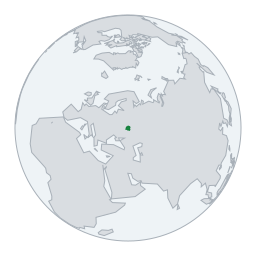 Lipetsk highlighted on a globe, orthographic projection, rotated 20°
{"feature_id": "RUS-2363", "entity_name": "Lipetsk", "entity_type": "Region", "adm_level": 1, "iso_a3": "RUS", "parent_name": "Russia", "parent_adm1": "", "projection": "orthographic", "projection_center": [38.959, 52.736], "detail": "fine", "context": "on_globe", "style": "filled", "palette": "green", "viewbox_px": 256, "rotation_deg": 20, "n_neighbors": 0, "source": "natural_earth", "source_scale": "10m", "svg_char_len": 11350}
<svg xmlns="http://www.w3.org/2000/svg" viewBox="0 0 256 256"><g transform="rotate(20 128 128)"><circle cx="128" cy="128" r="113" fill="#eef3f6" stroke="#a8b0b8"/><path d="M97.0,19.7L103.4,18.4L106.9,19.8L103.7,20.2L104.9,20.7L108.9,20.4L111.3,20.1L120.8,23.1L133.8,25.0L138.7,24.3L137.0,25.7L146.8,23.6L154.4,24.8L145.3,24.4L144.0,25.1L148.9,26.2L148.6,27.2L150.8,28.4L150.0,29.6L144.8,29.5L144.2,30.4L147.7,31.1L149.1,33.0L144.1,31.7L146.0,34.8L137.6,35.8L124.8,32.2L119.6,34.5L104.9,35.9L105.7,37.1L100.7,38.6L99.7,40.7L97.3,40.6L98.7,42.4L101.1,42.1L102.5,42.9L102.2,44.1L99.0,44.1L98.7,43.5L97.6,44.1L96.1,43.6L96.6,44.6L92.8,44.6L96.1,46.5L92.6,48.1L90.2,47.6L91.2,45.1L88.1,38.6L86.0,37.7L82.0,38.6L73.0,45.5L70.3,45.7L66.2,47.7L67.3,48.6L70.9,47.4L71.9,49.8L76.2,48.2L77.3,49.1L81.4,48.7L80.0,51.5L76.3,54.5L72.8,55.1L71.1,56.5L73.8,58.3L66.7,62.0L60.9,68.9L59.1,69.7L56.8,66.6L58.5,60.4L55.6,57.2L56.6,62.2L52.2,64.3L51.1,66.0L50.9,67.7L52.2,68.0L50.6,69.5L48.9,64.9L50.4,63.5L50.9,64.9L51.7,62.1L50.5,59.4L48.4,61.0L48.9,55.9L47.4,57.0L46.6,56.7L49.0,55.2L44.7,57.9L45.0,53.8L39.2,59.2L45.8,52.0L48.8,48.7L51.8,45.4L50.9,46.2L56.2,41.3L57.9,39.9L65.0,34.6L72.5,30.0L80.4,25.9L88.6,22.5L97.0,19.7ZM20.7,93.6L19.3,98.8L19.2,98.8L16.6,111.4L15.7,122.6L15.4,127.6L15.4,128.3L15.5,132.1L15.5,133.3L17.6,148.6L20.1,158.8L21.0,162.9L20.8,162.6L18.4,154.2L16.7,145.6L15.7,136.9L15.4,128.1L15.7,119.4L16.7,110.7L18.4,102.1L20.7,93.6ZM40.2,57.5L37.9,60.5L30.8,71.3L33.4,66.9L33.2,67.3L35.3,64.2L38.7,59.4L40.1,57.6L40.2,57.5ZM38.1,61.4L39.2,59.8L38.3,61.1L38.1,61.4ZM112.4,19.9L109.0,20.3L105.5,20.3L108.3,19.8L112.4,19.9ZM119.0,20.5L117.3,20.9L116.2,20.0L117.5,20.0L119.0,20.5ZM142.3,23.6L139.6,23.3L142.3,23.3L142.3,23.6ZM151.3,28.4L152.1,28.2L152.9,28.9L151.3,28.4ZM81.9,47.2L81.6,47.9L81.0,47.6L81.9,47.2ZM83.9,46.4L83.4,45.5L84.3,45.0L84.6,45.5L83.9,46.4ZM152.4,31.4L153.4,32.8L151.5,31.4L152.4,31.4ZM84.4,47.6L85.9,44.2L87.5,43.4L90.0,44.8L84.4,47.6ZM153.4,33.5L155.9,36.9L158.0,36.7L153.4,39.3L152.8,35.5L150.1,33.7L152.5,34.2L153.4,33.5ZM102.0,41.5L99.4,41.8L101.9,40.4L102.0,41.5ZM103.2,40.5L108.8,35.5L112.5,35.8L109.9,37.3L114.9,36.9L113.9,39.5L110.9,40.3L108.8,39.6L110.1,41.1L103.2,40.5ZM150.5,40.3L150.3,41.2L149.5,40.3L150.5,40.3ZM103.2,43.1L104.0,42.0L107.3,42.1L106.3,44.4L105.5,43.6L103.2,43.1ZM116.6,35.6L118.9,36.3L118.7,38.5L119.5,39.0L114.2,39.6L116.6,35.6ZM104.6,44.2L105.6,45.5L103.8,46.6L102.7,44.2L104.6,44.2ZM108.5,41.3L110.0,41.5L108.9,42.1L108.5,41.3ZM97.9,51.6L98.8,50.1L100.6,50.0L97.9,51.6ZM106.2,46.0L106.8,45.6L107.6,45.4L107.8,46.5L106.2,46.0ZM114.4,41.2L113.9,42.0L116.6,41.1L116.6,42.8L113.0,42.9L114.6,43.6L114.6,44.1L111.7,43.6L114.4,41.2ZM110.5,47.2L106.0,48.2L103.9,50.8L102.3,50.9L105.9,46.7L110.5,47.2ZM111.4,45.1L110.5,46.4L109.0,45.8L108.7,44.6L111.4,45.1ZM117.9,44.0L118.8,41.3L119.6,41.4L117.9,44.0ZM110.2,48.1L111.3,47.9L110.3,48.4L110.2,48.1ZM115.9,45.3L116.1,44.3L116.9,44.5L115.9,45.3ZM113.3,48.3L111.9,48.6L111.6,47.7L113.3,48.3ZM114.7,47.0L115.8,47.4L112.4,47.2L114.7,46.6L114.7,47.0ZM116.6,45.6L117.2,45.4L116.4,46.0L116.6,45.6ZM115.2,51.6L110.9,51.5L110.3,49.5L114.5,49.8L115.2,51.6ZM41.5,176.3L37.1,158.4L40.2,155.5L41.4,149.2L63.5,139.7L67.4,143.9L84.0,148.7L85.9,150.4L83.2,155.5L94.9,166.4L99.7,162.9L111.1,168.8L119.3,169.5L123.6,159.1L110.3,157.8L108.8,152.1L120.1,148.6L131.8,149.8L131.6,147.7L124.8,142.6L128.2,138.7L122.6,140.5L124.4,142.9L120.9,144.2L119.0,142.1L120.3,140.8L116.9,139.4L111.8,146.6L113.0,149.7L103.8,149.6L105.0,154.9L102.3,156.7L99.2,148.4L100.0,145.7L93.8,135.5L92.1,138.2L97.9,148.2L95.8,147.0L93.5,151.1L93.6,147.0L87.7,135.8L79.8,134.5L68.6,141.4L64.3,139.9L61.2,135.2L66.5,125.0L75.6,129.7L77.6,126.5L76.8,119.7L79.6,121.8L80.4,119.7L83.9,121.2L89.9,118.0L93.7,118.9L97.0,112.7L99.4,112.4L96.7,116.1L96.9,119.3L106.3,121.7L108.5,120.8L109.9,116.6L112.3,117.9L112.5,113.6L118.4,113.0L111.3,110.3L112.8,105.7L116.9,102.8L116.1,100.9L109.4,105.7L107.9,108.1L108.6,110.9L103.4,117.4L99.9,117.7L100.6,109.2L95.8,108.8L98.4,102.7L114.9,93.1L121.2,91.8L129.6,99.4L127.5,102.2L123.5,100.8L126.3,106.3L126.5,103.8L128.5,105.0L130.5,101.2L132.0,101.9L131.2,97.2L133.3,97.6L133.7,100.6L138.3,95.7L142.9,95.6L143.2,94.2L142.3,92.7L148.7,93.8L148.7,92.7L146.5,91.9L145.0,89.3L144.9,85.2L147.2,85.8L147.5,87.4L151.6,91.7L152.2,96.0L153.1,95.8L153.1,92.3L148.1,86.9L147.4,84.3L150.1,86.5L149.1,85.5L149.4,84.4L151.8,83.9L149.0,81.4L149.8,69.3L154.6,67.5L156.9,70.6L159.8,63.5L165.0,62.4L163.1,61.6L163.1,57.9L161.5,58.2L160.5,57.6L160.0,48.9L161.6,47.5L159.1,43.3L158.0,42.9L156.7,43.7L153.4,39.3L158.0,36.7L160.0,37.6L161.5,35.6L166.0,38.0L170.4,39.3L174.6,43.5L177.7,44.3L177.9,43.4L182.3,44.0L190.7,48.7L183.0,48.7L170.3,43.5L175.4,45.8L174.0,46.5L175.7,48.1L179.3,49.8L179.9,49.2L184.4,59.0L192.7,66.8L192.7,62.7L195.4,62.3L204.8,68.7L214.6,86.1L218.2,86.5L220.2,88.6L220.9,92.7L218.0,89.7L216.4,91.1L214.7,89.0L214.8,94.8L212.4,91.9L213.7,98.0L216.1,98.9L216.8,94.7L219.0,101.5L223.1,101.5L226.4,105.7L229.2,120.3L227.6,129.1L228.1,131.0L226.1,131.8L225.5,138.0L231.2,141.4L231.8,143.9L229.9,153.6L229.5,152.0L224.0,154.3L224.5,160.9L228.8,160.5L230.3,164.0L227.7,166.2L226.0,163.3L224.0,164.0L223.4,158.7L219.6,153.3L216.9,158.3L216.0,155.1L210.4,152.0L205.9,158.8L199.6,174.0L200.5,182.4L197.6,188.0L189.4,180.2L186.2,172.6L183.0,175.1L174.8,170.6L160.1,175.0L158.2,173.0L155.4,174.8L149.7,173.5L146.8,169.8L143.3,170.6L150.9,180.1L154.7,179.1L158.2,174.3L159.5,177.8L165.1,179.6L158.2,190.0L136.7,200.3L134.9,194.0L120.5,174.8L121.1,172.5L121.1,172.2L120.9,171.8L119.2,175.5L116.9,171.3L124.2,185.5L125.2,191.2L136.4,200.7L135.2,201.7L138.9,203.4L151.2,199.5L151.2,201.6L145.2,211.3L128.5,222.9L130.9,228.8L130.1,233.0L120.3,235.2L121.7,237.5L116.7,237.9L116.8,238.8L113.1,239.1L106.7,238.5L95.2,235.7L94.1,235.2L87.6,232.1L78.5,223.9L80.9,221.5L79.7,218.0L71.4,206.8L73.2,202.5L71.1,199.3L66.7,197.9L64.4,193.9L61.8,192.4L45.9,183.9L41.5,176.3ZM55.1,148.0L54.3,149.8L55.1,148.0ZM143.9,156.3L151.2,155.8L148.5,149.1L151.1,148.5L149.3,146.5L148.3,148.7L143.9,143.3L147.3,140.8L146.7,137.7L144.3,137.8L138.8,143.3L145.0,151.0L143.1,154.1L143.9,156.3ZM19.2,99.0L18.8,100.9L19.1,99.3L19.2,99.0ZM31.9,69.3L31.3,70.2L31.9,69.3ZM25.4,82.8L24.4,85.3L25.1,83.3L25.4,82.8ZM29.9,73.0L26.1,81.0L27.3,77.7L29.9,72.7L28.6,75.3L29.9,73.0ZM37.0,62.2L36.2,63.4L35.9,63.6L37.0,62.2ZM37.4,62.4L37.7,62.0L38.4,61.1L37.4,62.4ZM52.3,64.6L52.4,65.0L51.8,66.8L51.4,66.2L52.3,64.6ZM53.5,74.1L50.7,76.2L52.4,74.1L51.2,73.6L53.3,68.6L58.3,69.8L55.7,70.1L53.5,74.1ZM57.4,62.7L55.6,65.5L57.4,62.4L57.4,62.7ZM81.3,107.3L82.1,109.4L80.2,111.4L75.5,110.8L78.2,107.8L81.3,107.3ZM83.8,112.1L85.8,104.2L88.8,104.5L86.8,105.6L88.6,106.6L85.8,108.7L86.7,116.9L85.1,119.3L77.2,116.4L80.7,116.0L79.6,113.8L83.8,112.1ZM85.5,85.4L86.5,82.5L91.8,86.8L90.4,89.0L85.6,88.4L84.5,85.4L85.5,85.4ZM88.6,50.9L88.6,49.9L89.5,49.9L90.2,50.7L88.6,50.9ZM98.2,50.9L89.5,55.5L89.1,54.5L84.5,58.7L81.6,57.7L84.6,55.0L79.0,57.6L80.5,54.7L76.8,56.8L83.9,50.9L85.1,48.6L84.9,51.5L87.6,52.3L89.1,52.0L94.2,49.6L98.1,45.4L101.4,45.8L102.6,47.2L102.2,48.2L100.2,47.6L101.1,49.5L97.9,49.4L98.2,50.9ZM115.7,66.1L113.6,64.4L114.7,69.1L111.5,68.7L111.9,69.2L109.2,70.2L106.6,72.4L105.3,71.8L104.9,73.0L103.1,73.7L102.1,75.1L99.3,74.6L97.8,76.3L97.3,75.0L95.5,78.2L95.6,75.6L93.4,76.5L94.4,78.5L82.1,73.2L76.8,73.3L72.3,74.8L73.2,70.5L78.0,66.5L84.4,63.4L89.3,64.0L88.8,62.1L91.1,61.9L90.5,63.5L92.7,60.9L94.4,61.2L100.1,59.0L102.1,55.3L104.3,54.5L104.3,56.1L106.4,54.2L107.9,56.8L109.5,56.3L112.6,58.5L111.8,62.0L113.6,61.2L116.0,62.9L115.7,66.1ZM115.9,52.3L115.7,56.4L113.8,58.2L109.2,53.7L107.6,53.8L104.6,51.2L107.4,48.7L108.0,49.6L109.2,49.9L107.8,50.6L109.8,50.3L110.7,51.7L112.5,51.9L112.0,53.1L115.9,52.3ZM88.6,149.1L90.2,149.9L92.8,150.4L91.4,153.1L88.6,149.1ZM84.4,141.5L86.0,141.6L85.3,145.5L83.6,144.8L84.4,141.5ZM87.4,138.5L86.1,141.3L85.8,139.4L87.4,138.5ZM98.2,116.1L99.9,116.1L99.8,117.1L98.7,118.4L98.2,116.1ZM118.4,80.6L117.5,79.2L118.2,78.7L118.3,75.1L120.7,75.2L121.5,77.4L118.4,80.6ZM121.0,160.8L118.3,162.7L117.2,161.6L118.4,161.2L121.0,160.8ZM103.9,158.4L107.6,160.5L103.5,159.1L103.9,158.4ZM121.1,80.1L120.9,78.6L122.2,79.6L121.1,80.1ZM122.5,75.1L124.1,76.0L121.0,74.8L122.5,75.1ZM149.7,230.7L142.5,237.2L137.0,237.7L135.8,236.5L138.3,232.7L144.6,230.9L147.6,228.5L149.7,230.7ZM236.8,157.1L236.7,157.4L237.0,156.3L237.2,155.6L236.8,157.1ZM236.5,158.3L232.4,168.6L230.5,171.8L231.2,169.7L234.3,163.5L236.5,158.3ZM231.0,170.0L227.7,172.8L221.3,171.0L223.7,168.4L230.0,165.9L229.6,167.5L231.7,166.4L231.0,170.0ZM238.0,149.0L237.6,152.6L235.6,158.1L234.5,160.2L233.8,158.2L234.2,155.2L235.2,153.2L237.4,138.0L238.5,136.7L238.1,142.2L238.9,142.4L238.0,149.0ZM201.1,182.8L203.9,185.8L202.1,187.8L201.1,182.8ZM237.3,129.7L237.1,136.2L236.9,129.0L237.3,129.7ZM236.6,124.0L237.1,125.3L236.3,125.2L236.6,124.0ZM229.1,133.3L228.2,135.8L227.6,134.8L228.5,130.8L229.1,133.3ZM229.0,109.4L230.9,112.8L231.4,114.4L230.0,113.4L229.0,109.4ZM141.1,80.4L138.2,85.2L137.7,89.0L139.8,91.7L135.5,90.2L136.3,84.2L141.1,80.4ZM148.5,70.6L146.6,68.5L148.2,68.1L148.9,68.6L148.5,70.6ZM146.8,70.2L142.9,70.0L142.4,68.0L145.5,68.5L146.8,70.2ZM132.0,74.8L130.9,76.2L129.9,75.3L132.0,74.8ZM239.4,144.3L239.4,143.6L238.9,147.8L238.6,149.3L238.7,147.2L239.2,142.0L239.5,139.0L240.4,132.1L239.3,141.4L239.5,142.2L240.1,137.5L239.6,141.9L239.7,142.5L239.4,144.3ZM240.6,130.3L240.6,129.2L240.5,127.0L240.6,129.9L240.6,130.3ZM239.9,126.9L239.1,127.0L238.9,130.4L238.8,121.9L239.7,123.2L239.9,126.9ZM238.4,123.5L238.3,126.6L238.1,122.2L238.4,123.5ZM238.0,126.3L237.4,124.8L237.8,123.2L238.0,126.3ZM238.6,122.4L237.7,118.9L238.4,119.8L238.6,122.4ZM235.8,121.4L237.6,120.6L236.2,124.3L233.7,118.5L234.1,116.3L235.8,121.4ZM222.5,85.8L221.1,84.7L220.8,82.4L221.9,83.8L222.5,85.8ZM218.3,74.4L220.2,81.4L221.4,87.3L222.2,86.7L224.5,90.5L222.1,90.0L219.6,83.8L219.0,79.8L216.8,77.0L215.0,73.0L212.0,70.7L210.5,68.5L213.1,69.4L218.3,74.4ZM210.7,70.0L204.9,65.2L205.2,62.2L206.6,62.6L209.1,66.0L208.8,67.3L210.7,70.0ZM203.5,63.2L203.1,64.5L193.7,61.5L191.8,60.2L199.2,60.6L199.2,61.9L201.5,63.3L203.5,63.2ZM151.6,41.3L150.5,41.2L151.3,40.7L151.6,41.3ZM159.7,57.8L158.5,56.8L159.5,56.2L159.7,57.8ZM155.8,53.9L155.5,55.3L154.9,53.5L155.8,53.9ZM155.0,58.6L155.0,55.7L156.4,58.9L155.0,58.6Z" fill="#d9dde1" stroke="#a8b0b8" stroke-width="1"/><path d="M129.4,126.8L129.3,127.0L129.4,127.3L129.4,127.5L129.3,127.8L129.2,127.9L129.2,128.0L129.3,128.2L129.3,128.3L129.5,128.4L129.5,128.5L129.8,128.7L129.9,128.8L130.0,128.8L130.1,129.0L130.0,129.3L129.9,129.3L129.9,129.5L129.7,129.5L129.4,129.5L129.4,129.4L129.4,129.5L129.2,129.5L128.9,129.6L128.7,129.5L128.7,129.4L128.4,129.3L128.4,129.2L128.3,129.3L128.2,129.3L128.3,129.3L128.2,129.3L128.1,129.5L128.0,129.4L127.9,129.3L127.7,129.3L127.7,129.2L127.7,129.3L127.3,129.4L127.2,129.5L126.9,129.6L126.7,129.7L126.6,129.4L126.6,129.2L126.8,129.0L126.9,128.9L126.9,128.7L126.7,128.6L126.6,128.4L126.5,128.2L126.7,127.9L126.6,127.7L126.7,127.4L126.8,127.3L127.0,127.4L127.1,127.5L127.2,127.4L127.2,127.5L127.3,127.6L127.4,127.4L127.5,127.4L127.6,127.2L127.5,126.9L127.4,126.9L127.6,126.8L127.8,126.7L127.7,126.6L127.7,126.4L127.8,126.4L128.1,126.4L128.2,126.5L128.3,126.7L128.5,126.7L128.6,126.4L128.8,126.4L129.0,126.4L129.1,126.5L129.3,126.7L129.4,126.8Z" fill="#22c55e" stroke="#15803d" stroke-width="1.5"/></g></svg>